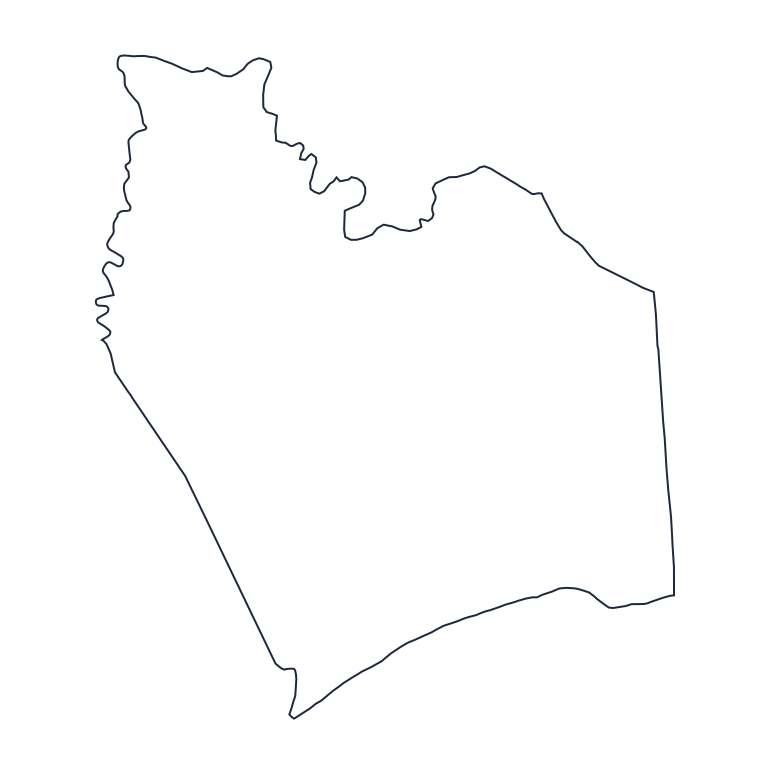 the district of La Libertad, Santa Elena, Ecuador, rotated 179°
{"feature_id": "8360857B88993978002865", "entity_name": "La Libertad", "entity_type": "district", "adm_level": 2, "iso_a3": "ECU", "parent_name": "Ecuador", "parent_adm1": "Santa Elena", "projection": "orthographic", "projection_center": [-80.886, -2.24], "detail": "fine", "context": "isolated", "style": "outline", "palette": "slate", "viewbox_px": 768, "rotation_deg": 179, "n_neighbors": 0, "source": "geoboundaries", "source_scale": "gbopen_adm2", "svg_char_len": 5272}
<svg xmlns="http://www.w3.org/2000/svg" viewBox="0 0 768 768"><g transform="rotate(179 384 384)"><path d="M644.8,708.3L644.6,705.8L644.1,704.3L643.4,703.2L641.1,701.6L639.7,700.4L638.7,698.7L638.1,696.4L638.0,693.7L638.0,690.0L637.9,688.5L637.5,686.3L635.1,682.2L635.0,681.9L634.6,681.1L632.6,678.6L630.9,676.4L627.0,671.6L626.6,671.4L624.6,668.8L622.6,662.5L621.9,658.3L621.7,657.3L621.0,654.4L620.6,651.0L620.5,650.0L620.4,649.3L619.8,648.1L617.9,646.0L617.5,645.3L617.3,644.8L617.2,644.2L617.4,643.6L617.8,643.1L618.5,642.6L619.8,642.2L625.0,640.9L626.4,640.2L627.7,639.5L628.6,638.8L631.5,636.4L634.0,633.8L635.1,632.1L635.3,630.0L634.3,618.3L633.7,612.6L634.8,609.8L638.3,607.5L638.6,605.8L638.2,604.1L635.8,600.7L635.4,595.0L637.0,592.8L639.1,590.1L640.1,588.8L640.5,586.6L640.7,584.3L640.3,581.1L638.3,572.3L637.0,569.9L635.0,567.0L634.5,565.8L634.5,564.8L634.6,563.4L635.4,562.1L637.1,561.6L638.2,561.6L641.5,561.5L644.0,561.1L646.4,559.4L647.0,559.0L647.5,558.0L647.5,556.3L649.7,552.8L651.3,549.9L651.4,549.6L651.7,546.3L651.8,544.2L651.6,543.5L651.5,541.8L651.8,540.5L652.2,539.0L653.5,537.1L655.9,533.8L657.3,531.2L658.1,529.9L658.3,528.8L658.2,527.2L657.7,525.9L656.7,524.1L655.0,522.7L653.2,521.7L644.5,516.3L643.5,515.3L642.9,514.5L642.6,513.5L642.5,512.3L642.7,511.4L643.1,509.7L643.5,508.4L644.4,507.2L645.0,506.8L646.0,506.4L647.3,506.3L648.5,506.6L655.0,510.3L656.9,510.6L658.5,510.1L659.9,508.9L662.0,505.8L662.5,504.7L663.2,502.6L663.0,501.3L662.2,499.4L660.5,497.5L659.3,495.6L657.8,492.8L656.8,490.4L655.2,485.9L654.3,483.7L653.3,480.0L652.8,477.7L666.4,475.0L668.1,474.4L669.2,473.9L669.8,473.6L670.0,473.3L670.4,472.8L670.5,472.2L670.7,471.4L670.6,470.3L670.4,469.4L670.2,468.9L669.6,468.2L669.1,467.8L668.3,467.4L662.0,466.9L660.7,466.7L659.8,466.3L658.8,465.3L658.5,464.8L658.3,464.2L658.3,463.3L658.4,462.5L658.8,461.4L659.3,460.6L660.1,459.9L661.3,459.1L668.4,455.2L669.0,454.7L669.3,454.2L669.6,453.7L669.7,453.2L669.6,452.2L669.1,451.1L668.7,450.6L668.1,450.1L663.0,446.9L658.0,442.8L657.4,442.2L657.0,441.6L656.8,441.2L656.7,440.5L656.9,439.4L657.4,438.2L657.8,437.7L659.6,436.3L662.4,434.7L664.3,433.7L664.9,433.4L665.3,432.8L664.1,432.5L660.8,428.8L656.8,419.3L652.8,400.4L640.2,381.1L637.3,377.0L636.1,374.8L584.4,295.5L562.9,249.2L497.4,106.4L492.0,101.7L488.5,100.1L486.2,100.8L482.1,101.0L479.0,100.8L477.9,99.3L477.1,95.3L476.8,90.5L477.1,86.9L477.5,81.6L478.2,73.6L480.1,68.3L482.1,61.6L484.4,55.3L482.1,52.6L479.7,51.0L463.4,61.1L457.9,65.4L452.4,68.4L445.7,73.8L440.3,78.1L436.0,81.1L431.7,84.2L429.3,86.0L426.3,87.8L423.2,89.6L421.4,90.8L415.9,93.9L411.0,96.9L400.7,101.7L396.4,104.1L391.6,106.6L387.9,109.6L381.8,114.5L371.5,121.1L367.2,123.5L363.6,125.4L358.7,127.2L349.0,131.4L344.7,133.2L340.5,135.0L336.2,137.4L332.6,139.2L328.9,141.1L319.2,144.1L313.7,145.9L307.6,148.3L303.4,149.5L296.1,151.3L290.0,153.7L286.4,154.9L281.5,156.1L272.4,159.1L265.7,161.5L260.9,162.7L256.6,163.9L253.0,165.1L246.3,166.9L239.6,168.1L234.8,168.0L229.3,170.5L219.6,173.5L215.3,175.3L212.3,176.5L205.0,177.0L197.7,176.4L194.1,175.8L188.0,173.9L182.6,172.0L177.1,167.7L174.7,165.3L167.5,159.7L163.2,156.6L159.0,156.0L150.5,157.2L146.2,157.8L140.2,159.6L133.5,159.5L128.0,159.5L124.4,160.1L121.4,161.3L115.9,163.1L110.4,164.9L106.2,166.1L101.3,167.3L97.7,167.6L97.7,167.8L97.3,195.6L98.3,217.7L98.7,230.1L99.3,245.3L100.1,255.5L101.6,272.4L103.0,294.4L104.3,325.2L105.5,341.0L106.7,365.3L108.0,392.1L109.1,414.2L109.9,417.2L110.9,448.8L112.7,471.3L123.1,475.5L131.3,479.9L149.9,489.6L167.0,498.4L170.6,502.0L175.5,507.9L183.1,518.0L188.6,523.2L187.8,522.1L201.5,531.7L204.4,534.9L209.5,543.7L221.0,566.6L223.0,571.6L223.1,571.8L226.8,572.0L230.3,571.3L232.8,571.5L235.0,573.0L239.2,576.0L244.4,579.0L247.7,581.3L265.7,592.5L270.9,595.8L271.0,596.0L271.5,596.3L274.1,597.7L279.8,599.9L284.5,598.9L289.4,595.4L294.9,593.0L302.1,591.2L307.5,589.7L315.4,589.6L321.8,586.9L329.0,583.6L331.9,578.8L330.7,574.8L330.6,574.6L329.1,570.7L329.4,567.7L330.9,564.4L332.4,561.4L332.9,557.4L331.6,552.7L333.1,549.0L337.1,546.2L344.0,548.2L345.3,547.5L345.4,547.2L343.9,540.4L348.8,538.0L355.5,536.5L365.2,538.0L372.9,541.4L381.6,543.3L387.9,539.9L393.2,533.6L402.3,530.2L408.6,528.7L414.4,528.7L420.2,531.7L421.2,538.9L420.7,548.2L420.2,557.9L414.4,560.3L405.7,563.7L401.9,567.6L399.4,574.9L399.4,580.7L401.9,586.1L407.2,590.0L413.0,591.4L415.8,589.0L421.2,588.0L424.5,587.5L427.9,591.4L430.8,587.5L434.7,585.1L440.5,577.8L445.3,575.4L450.1,577.3L454.0,580.2L454.4,586.5L452.5,591.4L450.6,599.2L447.7,606.5L448.2,611.8L452.5,615.2L454.9,613.7L458.8,609.4L464.1,610.3L462.7,616.2L460.2,620.5L460.7,623.9L463.6,626.4L466.5,625.9L471.3,623.5L473.8,623.9L478.1,626.9L482.0,627.3L487.7,629.3L487.7,633.7L488.2,639.5L486.3,654.1L490.6,656.0L496.4,657.9L499.8,662.8L499.8,675.0L498.4,685.6L494.0,695.4L491.1,702.2L492.1,708.0L498.8,710.9L503.2,711.9L509.5,709.9L514.8,706.5L519.1,701.2L525.9,696.8L531.2,694.4L534.6,694.4L539.9,695.3L545.6,698.7L555.3,703.1L559.6,700.2L564.9,699.7L570.7,699.2L580.4,703.1L590.5,708.0L598.2,710.9L606.4,714.3L612.0,715.1L617.9,716.2L624.3,716.2L628.7,716.0L633.4,716.6L637.8,717.0L640.3,716.8L641.6,716.6L642.4,716.2L643.2,715.4L643.7,714.5L644.4,712.6L644.7,710.3L644.8,708.3Z" fill="none" stroke="#1e293b" stroke-width="2"/></g></svg>